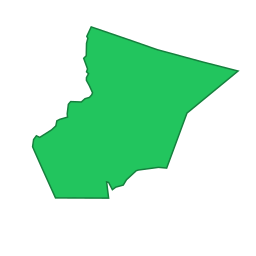 Montgomery, Texas, United States of America, rotated 109°
{"feature_id": "52423323B63190785401157", "entity_name": "Montgomery", "entity_type": "district", "adm_level": 2, "iso_a3": "USA", "parent_name": "United States of America", "parent_adm1": "Texas", "projection": "albers", "projection_center": [-95.471, 30.329], "detail": "fine", "context": "isolated", "style": "filled", "palette": "green", "viewbox_px": 256, "rotation_deg": 109, "n_neighbors": 0, "source": "geoboundaries", "source_scale": "gbopen_adm2", "svg_char_len": 760}
<svg xmlns="http://www.w3.org/2000/svg" viewBox="0 0 256 256"><g transform="rotate(109 128 128)"><path d="M217.7,173.8L200.6,123.5L185.9,130.7L185.8,128.6L191.4,122.7L187.9,120.3L183.5,113.9L177.4,112.6L165.7,106.3L164.3,104.4L155.3,86.4L153.3,78.4L94.7,77.1L38.3,42.5L41.3,79.4L44.4,125.5L44.4,132.1L44.3,151.7L44.4,195.7L54.8,196.8L56.2,195.2L61.4,194.8L73.3,191.0L76.5,192.6L85.3,185.5L88.4,185.5L89.5,183.0L93.8,183.7L95.1,183.3L96.5,182.8L100.5,178.4L106.2,173.0L108.5,173.1L111.6,174.4L114.3,178.2L118.6,180.6L121.7,190.8L125.0,192.1L134.4,190.1L137.4,188.7L142.0,195.3L144.4,197.6L149.5,196.9L154.7,199.7L165.6,208.4L165.2,212.1L169.6,213.5L176.8,212.1L180.2,209.0L193.5,196.6L217.7,173.8Z" fill="#22c55e" stroke="#15803d" stroke-width="1.5"/></g></svg>